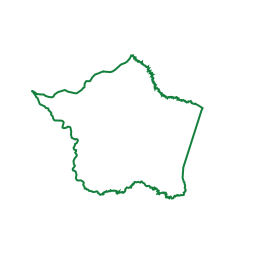 Chirundu, Southern, Zambia (Mercator projection), rotated 234°
{"feature_id": "96606910B35256638811207", "entity_name": "Chirundu", "entity_type": "district", "adm_level": 2, "iso_a3": "ZMB", "parent_name": "Zambia", "parent_adm1": "Southern", "projection": "mercator", "projection_center": [28.665, -16.104], "detail": "fine", "context": "isolated", "style": "outline", "palette": "green", "viewbox_px": 256, "rotation_deg": 234, "n_neighbors": 0, "source": "geoboundaries", "source_scale": "gbopen_adm2", "svg_char_len": 5798}
<svg xmlns="http://www.w3.org/2000/svg" viewBox="0 0 256 256"><g transform="rotate(234 128 128)"><path d="M55.8,143.0L63.6,149.6L99.1,197.9L100.2,200.0L105.0,198.2L107.3,197.0L108.1,196.9L108.4,195.9L109.2,195.1L110.2,194.7L110.7,194.1L111.8,194.6L112.9,193.8L113.1,194.1L113.5,193.1L113.9,192.8L114.0,192.4L113.6,191.6L114.0,191.3L114.1,190.6L114.5,190.4L114.7,190.7L115.8,190.0L116.5,190.2L116.8,189.9L116.6,189.9L116.6,189.5L118.1,189.1L118.2,188.7L119.0,188.0L118.5,187.4L119.0,187.1L118.9,187.3L119.1,187.5L120.1,186.4L120.6,186.2L121.0,185.6L121.3,185.9L121.8,185.4L122.3,186.2L122.5,186.0L122.4,185.2L122.8,185.5L122.6,185.6L122.8,186.0L124.4,185.5L124.3,184.8L124.6,184.9L125.1,183.5L125.7,183.2L125.3,183.3L125.3,182.5L126.0,182.7L126.3,182.0L126.5,182.3L126.9,182.2L127.4,181.0L127.8,180.7L128.0,180.9L128.3,180.4L128.3,179.8L128.7,179.8L129.2,179.2L129.4,178.7L129.1,178.0L129.4,178.1L129.5,177.9L129.3,177.8L129.3,177.2L130.2,177.1L130.4,176.6L131.2,176.6L132.2,176.1L132.1,176.8L133.0,176.5L133.3,176.0L133.9,176.1L134.0,175.4L134.1,175.6L134.7,175.0L135.3,175.3L135.3,174.6L135.5,174.6L136.0,175.5L136.5,175.7L137.3,174.8L137.9,174.7L138.4,174.9L139.5,174.4L139.9,174.8L140.0,174.7L140.1,175.0L140.8,175.2L140.6,175.4L141.4,175.6L141.7,175.2L142.7,175.0L143.1,174.4L143.4,174.6L143.5,174.2L144.2,173.8L144.0,173.4L144.5,173.7L144.6,173.1L145.1,173.4L144.8,173.5L145.1,174.1L145.4,174.1L146.7,174.9L146.5,175.2L147.1,175.2L147.1,175.5L147.6,175.1L148.1,175.3L149.0,175.1L149.0,175.3L149.9,175.3L149.4,175.9L150.3,176.0L150.6,175.6L151.6,175.6L151.6,175.9L152.2,175.8L152.6,176.0L152.7,176.4L153.0,176.4L152.9,176.7L153.4,177.0L153.0,177.0L153.1,177.6L153.3,177.7L153.5,177.3L153.5,177.6L154.4,177.8L154.9,177.8L155.1,177.3L155.8,177.4L156.0,178.0L156.1,177.8L156.2,178.3L157.0,178.3L157.0,179.0L157.4,179.0L157.8,178.6L157.9,178.9L157.7,179.2L157.9,179.1L157.9,179.4L158.4,179.3L158.6,179.6L159.4,178.3L159.5,178.7L160.0,179.0L160.7,179.0L160.9,179.3L161.0,178.8L161.9,178.7L161.7,178.3L161.8,178.0L162.1,178.5L162.4,178.1L162.5,178.5L162.8,178.3L163.7,179.0L163.9,179.7L164.1,179.3L164.4,179.9L164.7,179.9L165.5,179.4L165.4,179.8L165.8,180.2L165.8,179.6L167.8,178.5L168.5,178.5L169.3,177.8L170.5,177.8L171.1,177.2L171.4,177.3L171.8,177.0L172.4,176.9L172.2,177.5L172.8,177.9L172.7,177.6L173.3,177.6L173.3,177.3L173.6,177.1L173.7,177.4L173.7,176.9L175.6,175.9L175.3,175.5L175.7,174.9L176.0,174.9L175.8,175.4L176.1,176.0L177.2,175.0L178.6,175.0L178.9,174.4L179.3,174.4L179.2,174.2L179.9,174.4L180.1,174.6L179.7,174.8L180.7,175.6L181.3,174.9L181.2,174.2L182.0,174.7L183.3,174.1L183.8,174.7L184.8,173.1L184.5,172.9L183.3,170.6L182.2,166.1L182.3,164.1L183.5,159.6L182.7,152.3L182.8,149.0L183.5,146.7L186.9,142.7L188.1,141.6L188.0,141.1L188.6,140.6L189.3,137.3L190.6,132.7L190.0,129.0L188.3,125.1L188.3,124.6L190.4,121.9L190.3,121.2L189.5,119.2L186.5,116.6L186.7,114.7L186.1,113.3L186.2,107.0L187.1,105.7L192.9,100.6L195.3,99.6L195.9,99.1L198.2,92.4L198.3,88.5L197.2,86.0L197.8,84.1L199.9,82.0L202.1,80.4L202.7,80.0L203.7,79.9L205.0,79.1L206.3,77.3L209.2,74.1L210.1,74.0L213.5,72.8L214.9,71.7L213.4,72.3L208.0,72.2L207.1,71.9L205.2,72.4L199.7,70.8L199.0,70.8L194.4,73.3L192.8,73.2L190.7,74.9L189.6,74.7L189.1,74.2L186.3,74.8L184.8,74.6L184.1,73.7L183.4,73.6L181.9,74.0L179.4,73.0L177.8,72.9L177.0,73.4L173.1,78.5L171.6,79.3L170.6,79.3L170.1,79.1L167.4,75.6L166.7,75.3L165.5,76.1L164.8,77.5L164.4,78.5L164.6,80.0L162.9,81.6L162.1,81.6L158.3,79.9L156.4,78.1L153.1,76.7L150.2,78.4L149.8,78.5L149.4,79.7L148.8,80.2L148.1,80.4L147.2,80.0L146.5,78.8L146.0,77.5L146.2,75.8L145.0,74.6L144.0,72.3L142.2,71.8L140.6,73.0L139.6,72.3L139.1,70.8L136.6,70.8L135.8,70.3L135.4,69.7L134.7,66.8L133.3,64.5L130.6,63.0L128.7,62.9L127.9,61.2L127.7,59.8L127.2,59.0L126.0,58.6L124.9,59.5L123.5,60.0L120.6,59.0L118.1,56.4L116.6,56.0L115.8,56.1L114.8,56.9L113.2,59.2L110.7,60.2L109.5,59.9L108.8,58.7L108.3,58.4L105.2,58.0L104.5,57.4L104.2,57.5L103.6,58.5L102.5,58.5L101.9,59.4L99.9,59.6L99.6,60.2L98.6,60.9L98.1,61.6L97.1,61.8L96.0,63.2L94.9,65.8L94.0,65.9L93.2,65.5L92.3,66.0L90.7,66.0L90.0,66.7L90.1,67.6L89.5,68.6L88.9,68.7L88.8,69.1L88.9,69.4L89.9,69.1L90.0,69.3L90.1,70.5L89.7,72.0L89.4,72.1L89.6,73.4L88.8,73.6L88.4,74.1L88.4,74.7L88.1,75.1L88.2,75.5L87.5,76.2L87.9,77.2L87.0,77.4L86.9,78.0L85.8,79.1L85.7,79.9L84.4,80.9L83.8,81.8L82.8,81.6L82.7,80.8L82.2,80.5L81.5,80.6L81.7,81.0L81.2,81.6L81.3,82.1L81.9,82.4L81.9,83.2L81.6,82.7L80.9,82.5L79.9,85.1L79.7,85.5L79.1,85.5L79.2,86.2L78.3,86.4L78.4,87.7L78.8,89.0L80.0,89.6L80.6,92.1L79.3,93.1L79.1,94.1L78.0,95.4L78.4,96.0L79.2,96.1L79.5,97.1L79.2,97.5L79.7,98.3L79.8,98.8L79.5,98.9L79.9,99.4L79.5,100.0L80.4,101.3L80.4,101.8L79.2,102.7L78.3,104.7L76.7,105.7L76.6,106.6L76.9,107.0L76.9,107.4L76.7,107.6L74.7,107.9L73.6,108.6L71.2,108.4L70.0,108.9L68.7,111.1L67.4,111.3L66.5,111.0L66.0,112.2L64.7,112.8L64.8,113.2L64.1,113.6L63.6,113.0L63.8,112.1L63.4,112.1L63.0,112.9L62.2,112.9L63.0,113.3L63.2,113.6L62.8,113.9L63.6,114.7L62.7,114.9L62.4,115.3L60.2,115.6L59.7,114.7L59.0,115.8L58.5,115.3L57.5,113.2L57.1,114.0L56.1,114.3L56.2,114.7L57.3,115.0L56.2,115.7L55.4,118.1L53.8,118.5L54.9,118.7L53.6,120.3L53.2,120.0L52.6,120.4L51.7,120.2L51.6,119.8L52.0,119.7L52.2,119.2L50.1,118.5L49.6,118.0L49.2,118.1L49.0,118.6L49.6,118.9L49.4,119.3L49.0,119.3L48.9,119.7L48.3,119.5L47.1,120.0L47.7,120.6L47.7,121.5L47.3,121.4L47.1,121.9L46.8,121.5L45.2,122.1L44.3,122.0L45.1,122.4L44.6,123.4L45.5,125.1L45.3,125.4L45.5,125.8L45.0,126.0L45.3,126.4L44.7,127.4L44.8,127.9L44.5,128.1L44.7,128.4L44.1,128.7L44.0,129.3L43.3,129.5L42.7,130.8L42.7,131.5L41.9,132.1L41.1,133.7L42.1,134.8L43.0,135.1L42.8,136.0L43.1,137.3L43.7,137.5L43.9,138.2L46.6,138.9L46.9,139.6L48.1,140.6L49.2,140.7L50.8,141.7L51.8,141.4L52.4,141.8L55.8,143.0Z" fill="none" stroke="#15803d" stroke-width="2"/></g></svg>